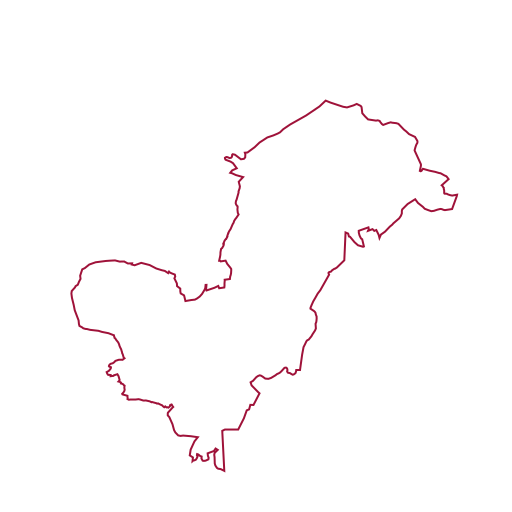 Buteni, Arad, Romania, rotated 132°
{"feature_id": "2599482B88924594549942", "entity_name": "Buteni", "entity_type": "district", "adm_level": 2, "iso_a3": "ROU", "parent_name": "Romania", "parent_adm1": "Arad", "projection": "robinson", "projection_center": [22.098, 46.317], "detail": "fine", "context": "isolated", "style": "outline", "palette": "rose", "viewbox_px": 512, "rotation_deg": 132, "n_neighbors": 0, "source": "geoboundaries", "source_scale": "gbopen_adm2", "svg_char_len": 6097}
<svg xmlns="http://www.w3.org/2000/svg" viewBox="0 0 512 512"><g transform="rotate(132 256 256)"><path d="M442.2,289.3L442.9,288.0L443.3,286.6L442.9,285.8L442.4,285.4L441.7,284.3L442.6,283.6L440.4,281.7L439.8,281.8L436.6,279.9L437.3,277.7L439.4,274.4L440.1,274.2L441.3,274.2L440.7,273.0L440.4,271.9L440.5,271.5L441.1,271.1L440.5,269.9L440.2,268.7L440.5,267.6L440.3,266.9L442.0,265.7L443.2,264.2L444.2,263.6L446.0,263.2L448.0,263.2L448.2,262.6L445.9,258.0L446.7,257.2L447.6,256.2L448.3,255.8L447.9,254.3L446.7,253.3L443.3,249.5L441.0,247.5L440.2,246.1L438.8,243.0L437.0,241.1L435.1,237.7L434.6,235.8L434.1,235.6L432.1,231.6L431.9,230.7L431.1,230.2L430.3,227.3L429.8,226.0L429.9,224.7L429.8,223.0L428.5,222.8L428.5,222.0L428.4,221.2L427.9,220.9L427.6,220.5L427.4,219.7L426.4,219.5L425.3,219.4L424.4,220.0L423.9,219.6L423.0,219.6L422.8,219.1L423.2,218.6L423.6,216.5L424.6,216.6L431.4,216.6L432.2,216.1L433.5,214.9L433.7,212.7L436.9,205.5L440.2,200.4L441.1,197.9L441.4,193.8L440.2,191.7L438.2,190.0L433.5,183.8L429.6,178.0L434.9,177.7L443.6,175.0L448.5,171.8L447.9,168.1L450.9,165.9L450.0,165.8L449.0,165.0L447.6,164.4L445.8,164.7L444.1,165.3L443.6,166.6L442.6,167.2L442.1,166.1L442.0,163.7L441.4,162.2L443.0,161.0L443.8,158.7L443.2,157.7L441.8,156.5L439.0,155.3L437.7,156.1L436.7,158.0L435.0,159.9L429.1,156.8L426.1,157.2L425.7,154.7L430.0,155.0L431.7,154.0L433.2,152.2L437.8,147.8L438.9,146.0L439.6,143.3L439.4,141.8L438.0,139.7L436.9,135.8L408.5,164.1L405.8,163.0L396.9,153.1L384.7,156.4L376.9,159.6L374.6,158.5L370.4,160.6L368.4,158.2L355.7,161.5L355.7,163.5L355.1,172.7L353.5,175.5L350.8,174.7L345.8,174.7L343.8,174.2L342.2,173.4L341.6,172.3L341.2,170.3L340.9,167.1L339.0,164.6L336.5,163.2L331.6,161.7L329.7,161.4L328.0,160.6L326.7,160.2L324.8,160.0L320.1,160.0L319.3,159.5L318.7,158.7L318.8,157.6L319.7,156.3L320.9,155.7L321.4,154.4L321.0,153.5L320.3,152.4L320.0,150.5L319.6,149.2L318.4,148.6L316.6,148.3L315.0,149.0L313.8,149.8L311.3,147.0L298.3,155.8L291.9,159.7L288.9,160.5L285.6,161.5L284.2,161.5L282.9,160.9L278.6,161.1L276.4,161.6L271.8,162.3L269.8,163.0L266.5,166.4L264.8,167.0L263.6,167.8L262.0,169.0L260.4,170.5L259.5,172.3L258.4,173.8L258.1,175.1L258.1,176.1L258.7,180.3L257.9,180.9L255.1,181.9L251.4,183.1L247.5,183.9L242.6,185.0L238.5,185.3L220.9,189.2L220.5,190.3L219.9,190.9L218.8,190.8L218.2,190.3L217.3,189.8L215.8,189.9L213.0,189.2L212.6,188.8L210.5,188.2L200.1,187.5L178.6,205.2L177.7,202.5L179.3,200.0L178.8,199.0L179.8,192.1L179.8,187.4L177.5,182.6L176.7,182.2L172.5,188.3L172.7,189.6L172.1,191.3L171.4,192.9L169.9,195.2L168.5,196.5L159.5,191.6L160.8,189.8L161.9,189.8L162.4,189.6L158.1,187.4L158.1,185.5L158.2,184.9L156.2,184.0L158.2,179.0L160.0,176.3L156.5,177.5L151.6,176.4L144.6,176.2L141.4,175.7L140.0,175.8L132.2,174.8L129.2,175.2L126.8,176.1L124.9,177.8L123.6,178.5L115.9,178.1L107.3,175.7L108.2,171.1L107.8,164.8L108.0,162.2L106.7,158.8L105.4,155.7L103.4,154.0L100.2,152.2L97.7,150.5L96.9,149.4L96.2,147.5L95.5,146.3L89.9,141.7L77.3,146.8L75.9,147.6L79.8,150.6L80.9,152.5L81.7,154.3L82.1,155.9L83.5,157.6L83.3,158.3L81.8,159.6L81.0,160.5L80.5,161.4L79.7,162.0L79.6,163.0L79.2,163.9L79.2,165.3L70.0,164.3L69.4,167.5L69.5,168.4L70.0,169.7L71.0,174.2L71.8,175.4L73.6,179.2L76.4,184.0L79.5,190.3L82.0,190.0L82.8,190.3L83.1,191.2L78.6,193.8L77.5,194.8L71.7,208.2L71.3,208.9L68.5,210.3L66.7,211.1L65.5,211.5L64.2,211.7L63.2,212.3L62.5,213.1L61.1,217.5L63.0,223.8L62.9,227.8L63.1,230.6L62.5,238.6L63.4,240.6L65.9,244.1L66.5,245.3L68.7,246.7L73.5,249.2L73.7,250.6L73.3,253.2L72.9,254.5L73.7,256.3L75.1,257.4L79.5,264.1L79.3,268.2L78.8,272.5L74.7,277.2L74.4,278.6L75.6,282.9L78.8,284.3L84.7,287.8L86.8,291.1L89.0,296.1L92.1,303.2L93.9,308.2L102.4,308.9L118.1,312.8L135.4,318.6L143.5,320.6L148.0,320.9L150.5,321.8L154.8,323.8L160.3,326.9L169.3,329.3L176.0,329.8L184.8,331.6L186.7,333.4L187.5,332.0L190.0,330.0L191.9,330.0L194.2,331.9L194.8,339.4L195.9,341.4L196.6,341.5L198.3,340.3L199.5,340.2L200.9,341.1L201.6,343.3L202.3,344.3L203.8,344.8L204.4,344.2L204.8,343.0L202.9,338.1L202.4,335.2L203.7,329.0L208.3,331.0L211.4,330.8L210.6,329.3L209.3,325.1L206.0,318.4L212.4,318.5L215.0,314.6L216.6,313.5L219.7,312.2L220.5,311.4L227.2,308.1L228.5,307.7L230.3,306.5L231.0,305.3L231.4,303.9L231.4,303.0L231.8,302.5L233.9,300.9L236.1,298.4L236.8,296.7L241.2,296.1L242.3,296.1L244.6,295.7L246.3,294.9L248.0,294.6L253.0,292.9L255.7,292.5L257.0,292.1L257.5,292.0L257.5,291.8L259.3,291.2L260.8,290.5L260.8,290.2L263.2,289.6L263.3,289.8L265.7,289.6L266.1,289.4L268.8,288.5L268.6,287.9L270.0,287.1L272.7,286.5L274.0,286.7L274.9,286.2L277.0,284.9L278.9,283.3L280.8,282.1L284.2,280.2L283.6,279.4L283.5,279.0L283.6,278.6L279.8,275.5L281.1,272.1L281.8,267.6L282.2,265.8L283.0,265.0L285.5,263.0L287.0,262.1L288.6,261.4L290.6,260.0L294.6,263.4L295.3,262.7L297.3,261.2L299.3,259.4L300.6,258.5L304.6,261.8L303.5,264.0L307.4,265.6L314.7,269.7L314.0,270.9L310.6,273.5L311.2,274.1L314.0,272.1L315.7,271.6L320.3,270.7L323.8,270.7L327.1,271.4L329.3,272.2L332.1,274.7L336.7,278.3L333.4,283.1L334.2,286.9L333.1,288.4L330.9,290.5L331.2,294.5L329.3,296.5L327.2,301.7L325.3,302.3L324.1,303.9L325.2,306.7L325.9,308.9L325.8,310.2L327.5,309.8L328.1,313.8L329.6,316.5L332.0,321.7L333.9,329.0L337.9,336.7L344.1,340.0L345.5,342.7L344.4,343.2L347.3,346.2L348.3,350.3L351.4,353.6L353.6,357.8L357.1,361.3L360.2,364.3L368.0,371.0L373.9,374.2L379.5,375.1L382.2,376.2L388.3,373.5L390.4,371.1L393.6,370.3L396.6,369.2L399.1,369.9L400.5,369.5L405.3,369.5L407.4,368.1L410.3,364.7L414.3,358.8L417.6,354.4L422.6,344.7L425.0,342.1L426.1,340.4L425.4,337.6L425.3,336.0L424.3,333.9L423.4,332.8L421.9,329.9L417.0,323.0L415.5,319.7L412.1,314.0L410.0,308.5L410.3,308.3L410.9,307.1L411.5,306.4L411.4,305.2L411.8,304.3L412.4,300.6L413.3,298.5L413.9,297.7L414.8,295.8L415.6,293.7L416.4,292.5L416.7,291.9L417.2,291.1L417.8,290.4L418.2,289.3L420.0,286.4L420.0,285.3L422.4,285.7L423.2,286.7L425.0,288.6L428.0,290.3L429.8,290.3L431.6,290.7L433.4,291.9L434.7,292.1L435.7,291.9L436.3,291.6L436.4,291.2L436.3,290.6L435.7,289.5L436.1,289.0L436.6,288.8L437.3,288.6L439.9,288.5L442.2,289.3Z" fill="none" stroke="#9f1239" stroke-width="2"/></g></svg>